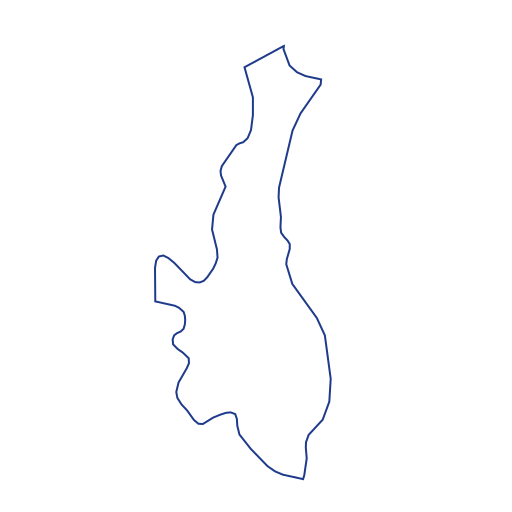 outline of Boumerdès, rotated 100°
{"feature_id": "DZA-2196", "entity_name": "Boumerdès", "entity_type": "Province", "adm_level": 1, "iso_a3": "DZA", "parent_name": "Algeria", "parent_adm1": "", "projection": "mercator", "projection_center": [3.676, 36.757], "detail": "fine", "context": "isolated", "style": "outline", "palette": "blue", "viewbox_px": 512, "rotation_deg": 100, "n_neighbors": 0, "source": "natural_earth", "source_scale": "10m", "svg_char_len": 1380}
<svg xmlns="http://www.w3.org/2000/svg" viewBox="0 0 512 512"><g transform="rotate(100 256 256)"><path d="M44.4,265.0L47.4,264.9L62.6,256.0L67.9,247.5L70.2,238.5L70.8,222.5L76.0,222.1L107.8,236.9L126.1,241.8L184.8,245.2L194.5,243.9L213.3,238.2L223.5,236.9L228.7,235.3L232.4,231.5L235.5,227.4L238.5,224.8L243.3,224.0L253.8,225.1L258.8,224.8L277.2,215.4L306.4,185.4L322.2,174.4L364.0,161.1L386.7,158.5L405.6,161.9L423.0,173.1L430.7,174.4L436.0,173.7L446.5,170.9L463.6,170.4L467.6,170.9L467.4,174.2L466.7,191.5L464.8,199.8L461.0,208.1L446.8,227.7L434.7,241.3L426.3,245.0L419.9,246.5L415.3,249.0L414.4,253.7L415.6,258.2L418.4,263.5L422.5,270.0L430.7,279.2L431.2,283.6L428.3,288.6L420.0,297.1L415.2,303.5L409.4,308.8L403.8,310.9L394.0,310.3L378.6,304.7L373.3,303.4L368.4,304.5L363.9,311.2L361.2,317.0L357.4,322.3L352.6,323.6L348.3,322.8L345.7,320.4L343.5,317.1L340.3,314.7L335.9,314.2L331.4,314.6L327.2,315.7L323.6,317.6L320.4,322.7L319.1,327.1L318.2,347.3L285.2,353.4L277.9,353.5L273.4,351.6L271.6,347.4L273.2,342.0L276.9,335.4L290.4,316.8L292.3,311.2L291.8,306.8L289.5,303.1L285.5,300.4L276.0,296.0L270.3,294.4L264.2,293.6L256.3,295.6L237.5,303.9L222.6,305.1L193.0,298.0L182.8,304.4L178.5,305.7L173.5,305.3L150.2,294.6L148.0,291.9L146.2,288.4L141.4,284.7L132.9,282.8L117.9,283.5L100.3,286.6L72.1,300.1L44.8,265.7L44.4,265.0Z" fill="none" stroke="#1e3a8a" stroke-width="2"/></g></svg>